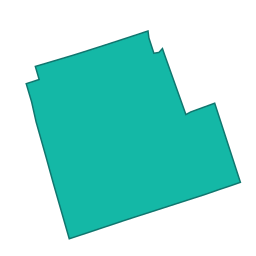 Steuben, New York, United States of America (Equal Earth projection), rotated 342°
{"feature_id": "52423323B60397494558599", "entity_name": "Steuben", "entity_type": "district", "adm_level": 2, "iso_a3": "USA", "parent_name": "United States of America", "parent_adm1": "New York", "projection": "equal_earth", "projection_center": [-77.339, 42.29], "detail": "fine", "context": "isolated", "style": "filled", "palette": "teal", "viewbox_px": 256, "rotation_deg": 342, "n_neighbors": 0, "source": "geoboundaries", "source_scale": "gbopen_adm2", "svg_char_len": 504}
<svg xmlns="http://www.w3.org/2000/svg" viewBox="0 0 256 256"><g transform="rotate(342 128 128)"><path d="M70.0,215.0L94.1,214.8L105.3,214.8L181.6,215.0L195.6,214.7L208.5,214.6L218.1,214.4L218.1,155.0L218.1,131.2L192.9,132.1L187.2,133.1L185.4,69.7L185.3,63.1L180.8,65.7L175.7,64.9L175.7,48.8L177.0,41.9L154.4,42.0L126.0,42.0L105.6,41.9L97.6,41.8L58.9,40.8L58.5,54.4L44.9,54.4L44.4,73.5L42.5,93.6L41.1,130.3L39.9,157.1L37.9,215.2L70.0,215.0Z" fill="#14b8a6" stroke="#0f766e" stroke-width="1.5"/></g></svg>